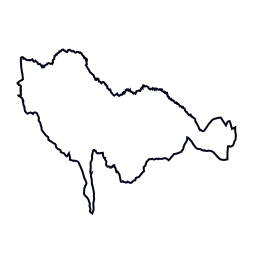 Ileje, Mbeya, United Republic of Tanzania (Equal Earth projection), rotated 176°
{"feature_id": "72390352B17520994539919", "entity_name": "Ileje", "entity_type": "district", "adm_level": 2, "iso_a3": "TZA", "parent_name": "United Republic of Tanzania", "parent_adm1": "Mbeya", "projection": "equal_earth", "projection_center": [33.35, -9.39], "detail": "fine", "context": "isolated", "style": "outline", "palette": "ink", "viewbox_px": 256, "rotation_deg": 176, "n_neighbors": 0, "source": "geoboundaries", "source_scale": "gbopen_adm2", "svg_char_len": 5910}
<svg xmlns="http://www.w3.org/2000/svg" viewBox="0 0 256 256"><g transform="rotate(176 128 128)"><path d="M229.9,154.9L229.5,151.7L227.5,149.4L226.6,149.4L225.6,150.0L224.1,150.2L222.9,149.7L221.8,148.6L221.0,149.8L220.4,150.0L219.3,150.0L217.7,148.9L217.3,147.2L216.4,145.4L216.2,144.4L216.6,141.9L216.4,141.2L215.2,139.4L214.9,136.9L214.3,135.1L214.2,132.1L210.5,126.3L208.3,124.6L208.1,121.6L207.2,121.2L206.8,120.5L205.6,120.0L203.5,118.1L201.8,117.2L201.3,116.2L200.9,113.5L199.0,111.6L197.6,111.2L197.0,110.6L196.7,109.8L196.8,108.8L196.3,108.3L193.6,107.2L191.6,104.3L191.2,104.0L190.5,104.3L188.7,106.9L187.9,102.4L188.1,100.4L184.6,99.0L183.9,99.3L181.4,98.4L180.5,98.1L179.8,97.3L177.5,91.1L176.4,87.5L174.9,80.6L174.2,79.3L173.3,76.2L173.6,74.7L174.7,73.4L175.0,72.0L175.7,71.3L176.4,66.3L176.4,65.1L175.8,63.9L173.7,61.6L172.5,59.5L171.4,55.2L171.4,54.1L171.9,52.9L171.3,50.8L171.2,49.0L171.8,48.1L171.7,47.2L169.7,45.2L168.3,48.1L167.9,49.9L167.9,55.1L166.7,59.6L166.8,62.2L166.5,65.6L167.1,70.8L167.9,74.6L167.8,79.0L168.3,82.3L168.0,84.4L167.4,85.8L168.4,85.3L168.7,87.2L167.9,91.0L167.8,95.3L167.6,96.4L166.4,98.4L165.8,101.2L166.0,102.8L165.5,103.8L164.7,106.9L164.0,108.3L163.0,108.4L162.5,107.5L161.8,107.3L161.3,105.8L160.3,104.8L159.3,105.0L158.6,104.7L154.9,105.1L154.7,104.4L155.0,102.8L154.5,101.1L154.0,99.8L152.9,99.7L153.2,98.4L151.9,96.0L152.5,93.0L151.9,91.7L151.1,90.8L149.9,91.0L148.7,90.6L148.4,89.6L148.2,89.6L146.7,90.0L146.0,91.4L145.1,91.5L144.5,92.0L144.1,91.6L144.2,90.0L143.6,89.5L143.1,88.4L143.1,86.8L142.5,84.8L141.5,85.3L139.8,82.2L139.0,75.6L138.5,74.7L136.8,75.3L136.3,74.6L133.6,73.7L133.1,73.7L132.4,74.5L129.5,73.1L128.4,73.2L126.1,75.2L124.4,75.3L123.8,77.3L123.3,77.8L120.5,78.4L116.9,82.4L115.1,83.6L115.1,87.8L113.3,89.3L112.0,92.7L109.0,95.5L107.6,95.3L106.1,95.6L104.2,94.7L101.9,95.4L101.2,95.4L100.4,94.8L99.5,95.3L98.2,94.9L95.8,94.9L93.4,95.4L91.7,94.8L89.6,93.0L83.9,98.8L81.3,99.0L76.3,100.6L75.9,101.6L74.5,102.8L73.7,105.6L72.7,107.7L70.7,110.4L69.8,112.2L69.6,114.5L68.6,114.0L66.8,111.9L65.1,109.4L63.9,106.9L62.8,105.5L62.2,104.2L61.3,103.2L59.9,102.3L57.1,101.8L55.4,100.6L54.2,100.2L53.4,100.5L52.9,100.0L50.6,99.6L49.0,99.8L46.0,99.0L44.2,97.6L39.7,91.8L37.9,90.2L34.5,89.4L31.0,89.8L30.5,96.5L29.6,102.7L28.2,102.8L27.1,102.2L24.8,103.0L23.6,104.9L22.8,107.3L21.6,108.7L20.9,112.9L21.3,118.5L21.0,121.2L24.3,119.8L26.0,127.7L26.2,127.8L28.1,127.4L30.1,123.7L34.7,131.9L36.8,131.9L41.6,131.0L43.4,130.1L47.3,126.2L51.7,120.5L52.7,119.7L54.1,119.7L55.6,121.1L56.1,120.9L56.2,121.4L56.8,121.6L57.3,122.9L57.4,123.7L59.0,127.6L59.9,128.7L59.9,129.4L60.4,130.1L60.3,131.5L60.6,132.4L62.5,134.2L62.9,134.2L63.2,134.8L64.0,135.1L64.0,135.8L64.4,136.0L64.6,137.0L65.2,137.1L65.9,136.5L66.5,137.0L68.0,139.0L68.0,139.5L68.7,139.7L68.8,140.3L70.0,141.5L70.1,143.2L71.3,144.1L71.6,144.9L72.0,144.8L72.2,145.2L72.8,144.8L73.3,145.8L74.1,146.2L74.8,146.1L75.4,147.5L76.1,148.4L77.3,148.6L77.6,149.0L77.5,149.5L78.1,149.5L78.2,149.9L78.8,149.6L79.2,149.8L80.6,152.2L81.3,152.1L82.3,153.1L82.7,152.8L83.3,153.6L83.1,154.2L84.6,154.3L85.1,155.4L85.0,156.0L86.2,156.7L86.1,157.8L86.4,158.2L86.6,159.9L87.0,159.6L87.2,160.3L87.7,160.4L87.9,160.0L88.6,160.4L88.5,161.1L89.0,161.1L89.4,161.7L89.8,161.4L91.0,162.3L91.2,163.3L91.6,163.1L91.8,163.9L92.2,163.5L92.6,164.0L93.0,163.9L93.2,164.4L93.6,164.5L94.6,164.0L96.8,165.1L97.1,165.1L97.3,164.7L97.5,165.3L98.8,164.4L99.0,165.4L99.6,165.2L100.2,165.6L100.6,165.2L100.7,165.9L101.4,165.4L102.4,165.5L102.9,165.0L103.4,165.5L103.9,165.3L104.2,165.6L104.8,166.5L104.8,167.2L106.6,168.5L108.5,168.3L109.2,169.4L109.7,169.6L110.0,169.4L110.0,168.5L110.4,167.6L110.7,167.5L110.7,167.0L110.9,167.2L111.2,166.7L111.6,167.1L112.1,166.6L112.7,165.0L113.2,164.9L113.4,164.1L115.2,164.6L116.3,164.3L117.0,164.0L117.1,163.2L117.4,162.8L117.8,162.8L118.1,162.0L118.5,162.6L119.9,161.8L120.2,161.9L120.6,162.3L120.8,163.3L122.9,164.1L123.3,166.0L123.9,165.2L124.7,165.2L125.2,166.5L125.8,166.6L126.1,166.0L126.7,166.5L127.7,166.0L127.7,165.0L128.3,164.2L129.6,164.2L129.7,163.7L129.2,163.5L129.2,162.8L130.7,163.3L130.8,162.2L131.9,161.5L132.5,161.9L134.6,160.6L135.7,161.5L136.4,163.1L139.4,161.3L140.7,162.4L142.6,165.3L143.0,167.5L144.0,167.3L144.6,168.3L145.9,169.4L145.7,171.1L146.9,172.0L147.0,172.9L147.8,173.2L147.9,174.1L149.1,175.5L150.3,175.6L151.5,174.5L152.8,176.3L153.7,176.4L154.0,177.4L154.1,178.9L154.8,178.9L155.3,179.5L156.4,178.1L157.3,178.5L157.3,179.3L157.6,180.4L158.2,180.9L158.6,183.1L159.6,183.8L160.5,184.9L162.1,186.4L162.2,187.0L165.6,193.6L164.6,194.5L164.9,197.1L164.2,198.5L164.2,199.4L164.6,199.6L165.3,199.2L165.5,200.7L166.1,201.0L166.8,200.9L166.8,202.1L168.9,204.6L169.1,205.8L169.8,206.0L170.4,206.7L171.2,206.4L172.0,207.2L173.8,207.6L174.8,206.8L175.9,207.3L177.3,208.8L177.8,208.4L178.9,208.5L180.6,210.0L181.4,210.2L182.2,210.0L183.1,208.4L183.6,208.0L184.2,208.2L185.7,209.6L186.5,209.8L187.2,210.8L188.1,210.7L189.4,209.9L189.9,209.1L191.0,209.3L191.3,208.4L193.5,207.1L193.7,206.3L194.0,206.1L194.7,206.3L195.2,205.3L196.2,204.9L196.8,202.1L197.9,201.2L198.3,200.4L198.3,198.4L199.2,197.2L199.7,197.8L200.7,197.4L202.6,198.3L203.8,198.0L204.2,197.1L206.0,196.7L207.8,194.4L208.0,194.4L208.2,195.3L208.6,196.0L209.6,194.8L210.6,197.1L211.5,198.2L212.8,197.8L213.1,198.0L213.9,199.7L215.7,201.6L217.2,200.7L217.6,201.0L218.6,203.2L220.9,202.2L221.8,202.7L223.2,202.6L224.8,203.2L227.0,205.0L227.6,204.6L227.9,205.9L228.3,206.1L229.8,205.7L230.1,204.6L230.3,197.2L229.9,191.2L229.6,190.1L229.4,183.9L233.0,182.1L235.1,180.6L235.1,180.2L234.0,178.9L233.8,179.2L233.1,178.6L231.8,176.9L232.2,175.5L232.5,175.4L232.5,174.5L232.1,173.5L232.5,172.9L232.2,172.8L232.6,170.8L232.3,169.1L232.7,168.8L232.7,168.2L235.0,168.0L234.7,167.5L233.3,166.8L231.4,164.9L230.6,162.2L231.1,162.2L231.1,161.8L230.5,157.5L229.9,156.8L229.9,154.9Z" fill="none" stroke="#020617" stroke-width="2"/></g></svg>